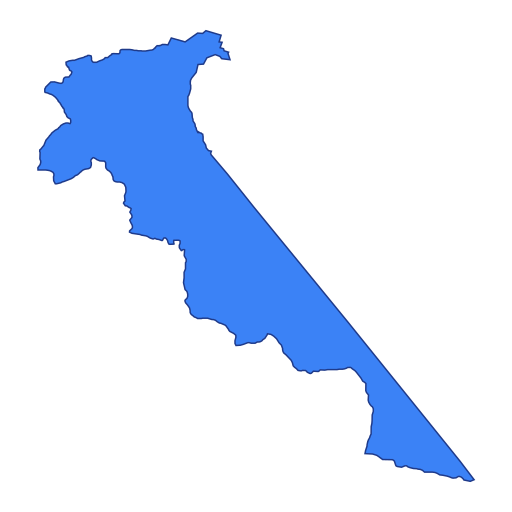 El Guarco, Cartago, Costa Rica (Mercator projection)
{"feature_id": "36466004B87567829139505", "entity_name": "El Guarco", "entity_type": "district", "adm_level": 2, "iso_a3": "CRI", "parent_name": "Costa Rica", "parent_adm1": "Cartago", "projection": "mercator", "projection_center": [-83.936, 9.732], "detail": "fine", "context": "isolated", "style": "filled", "palette": "blue", "viewbox_px": 512, "rotation_deg": 0, "n_neighbors": 0, "source": "geoboundaries", "source_scale": "gbopen_adm2", "svg_char_len": 5874}
<svg xmlns="http://www.w3.org/2000/svg" viewBox="0 0 512 512"><path d="M474.1,479.7L460.1,461.3L348.4,322.7L253.9,207.2L227.4,174.0L211.2,154.9L210.6,153.3L211.4,151.2L208.5,150.6L206.3,148.0L205.6,144.8L203.1,140.9L203.1,136.8L202.7,134.2L202.1,134.0L201.2,133.1L200.1,132.9L198.5,131.9L198.4,132.6L197.9,132.6L196.4,129.6L196.2,128.1L195.2,126.4L195.2,125.2L194.8,123.7L193.0,120.9L193.0,119.7L192.7,118.5L192.4,117.9L192.0,113.5L191.6,112.4L190.3,111.0L188.7,108.3L188.2,106.9L187.9,105.4L187.9,96.5L188.7,95.4L189.5,93.3L190.7,88.9L190.7,85.2L190.3,84.2L190.3,81.3L190.5,81.1L190.5,80.3L191.7,78.0L196.2,72.4L198.0,64.5L203.5,64.1L206.9,57.8L215.2,54.6L219.9,56.4L221.7,58.7L230.0,59.7L228.0,53.4L228.6,52.2L224.1,50.8L223.5,48.7L220.1,47.7L222.1,42.3L219.1,41.9L221.1,35.2L205.9,30.7L202.7,33.4L197.6,33.1L185.1,41.9L171.3,38.0L167.9,44.9L165.2,44.5L162.3,44.5L160.9,45.3L160.1,45.4L159.9,45.7L157.1,45.7L155.7,47.0L155.3,47.9L154.9,47.9L154.4,48.3L153.5,49.4L151.7,50.1L150.1,50.2L145.6,51.0L142.0,51.0L141.3,50.8L138.4,50.8L136.5,50.4L134.4,50.4L132.1,49.8L129.7,49.5L122.0,49.5L120.9,49.8L120.1,50.5L119.9,52.8L118.9,53.8L113.4,53.6L112.0,53.8L111.6,54.2L111.6,54.6L109.9,55.7L107.7,57.6L105.2,57.6L104.4,58.7L102.4,59.9L99.5,60.9L96.6,62.3L93.2,62.3L92.8,61.9L91.9,60.9L91.5,60.0L91.5,58.0L91.2,56.1L90.9,55.8L89.0,55.4L87.8,55.4L87.1,56.0L84.8,56.7L83.7,57.4L79.1,58.6L74.5,60.3L72.5,60.3L69.0,60.9L66.0,62.2L66.2,64.9L66.6,65.1L67.6,67.0L68.5,67.0L69.5,70.0L70.1,70.6L70.5,70.6L71.3,71.1L71.9,72.0L71.1,74.4L70.2,75.2L68.9,77.0L65.7,77.1L64.7,77.5L63.8,78.3L63.4,79.6L63.2,81.4L62.8,82.3L61.8,83.2L61.0,83.4L59.1,83.1L54.5,81.9L50.8,82.0L45.6,87.2L45.3,88.3L44.8,88.9L44.8,91.8L45.1,92.4L47.4,92.9L50.1,94.1L51.2,94.3L53.0,95.3L55.5,97.3L57.8,100.0L58.0,100.8L58.3,100.8L58.4,101.2L58.8,101.8L60.2,103.2L60.4,103.9L61.0,104.4L61.0,104.8L61.8,106.2L62.6,107.0L62.6,107.4L62.9,107.6L63.2,108.3L63.6,108.3L64.2,109.6L64.4,112.0L66.2,114.6L66.9,116.6L68.1,117.8L70.3,118.9L70.7,120.3L70.7,122.3L70.1,123.6L69.7,123.6L68.0,123.0L66.0,123.0L63.4,123.9L60.8,125.5L59.6,127.1L58.7,127.7L58.1,128.7L55.3,130.2L51.9,132.9L50.4,135.0L49.7,135.5L48.9,136.8L46.0,140.1L43.7,145.8L43.4,145.9L41.0,148.9L39.8,149.9L39.7,151.5L40.1,152.5L39.9,159.0L40.7,161.0L40.7,162.6L40.2,164.5L37.9,167.7L38.0,170.0L45.7,170.0L47.3,170.2L49.6,170.6L51.1,171.2L53.1,172.4L53.9,174.0L53.9,175.7L53.5,176.8L53.7,180.8L55.3,183.8L56.5,183.8L60.7,182.8L62.6,181.8L63.7,181.6L71.2,178.7L73.5,177.3L75.5,175.5L76.6,175.2L77.6,174.7L79.0,173.5L80.4,172.1L81.0,171.8L81.4,171.2L83.4,169.8L85.1,169.2L88.6,168.6L90.5,167.5L91.3,165.0L91.3,162.6L90.9,161.7L90.9,160.1L91.5,159.1L93.0,157.7L93.8,157.7L95.8,158.8L96.6,159.5L99.9,160.9L104.0,161.1L104.7,161.3L105.7,162.8L105.7,166.9L106.1,168.3L107.5,170.0L109.2,171.0L110.8,172.5L111.9,174.4L112.1,175.2L112.9,176.8L113.2,179.6L114.0,180.9L115.3,181.6L117.2,182.0L119.7,182.0L122.0,182.6L124.3,184.1L125.8,187.3L126.0,191.3L125.7,192.8L124.5,195.7L125.0,201.0L123.8,202.2L123.5,203.2L125.3,205.8L126.7,205.9L129.1,207.5L130.4,208.0L131.1,208.6L130.8,210.4L130.0,211.7L129.9,212.2L131.6,214.7L132.0,216.0L131.9,217.5L129.9,219.9L129.8,220.4L131.0,223.0L131.9,224.6L132.4,226.0L132.4,227.8L132.0,228.6L129.6,230.9L129.5,232.1L132.0,233.3L140.1,234.5L141.4,235.1L146.2,235.9L148.1,236.7L148.4,237.0L150.1,238.0L152.7,238.9L153.5,238.9L154.9,238.3L156.5,239.1L159.0,239.5L161.7,240.5L162.2,240.5L162.6,240.2L163.1,239.1L164.1,237.9L165.6,238.0L166.5,238.9L167.6,240.6L167.9,242.1L168.8,244.0L169.8,244.3L173.9,244.1L174.0,243.5L173.7,242.8L173.7,240.7L173.9,240.3L178.3,240.2L179.5,240.5L180.1,241.0L180.1,243.4L179.3,245.2L179.3,247.3L179.5,248.0L181.3,250.6L181.8,250.6L182.4,249.9L183.0,249.6L184.3,249.6L184.6,249.8L184.2,255.4L184.4,256.1L186.2,259.3L186.2,261.6L185.5,262.7L185.5,268.9L184.1,272.3L184.1,277.9L183.5,282.7L185.1,289.6L186.5,290.9L187.1,291.8L187.7,294.1L187.7,296.5L186.9,298.5L185.5,299.6L185.0,300.4L185.0,301.2L185.6,302.8L187.6,305.1L189.5,307.9L190.1,310.3L190.2,312.6L190.9,314.0L192.5,315.5L193.0,315.7L194.2,316.9L196.1,317.6L197.6,318.5L201.4,318.5L202.6,318.2L207.6,318.2L211.8,319.5L213.6,319.6L215.5,320.3L217.2,321.7L219.3,323.0L220.9,323.3L224.9,325.0L225.8,325.6L228.4,329.2L228.9,330.3L229.8,331.4L233.7,333.4L235.8,335.2L235.9,337.3L235.0,340.7L235.0,343.5L236.0,345.5L240.4,345.2L243.5,344.3L247.7,342.7L249.0,342.6L251.2,343.2L255.1,343.2L257.3,342.0L259.1,342.0L260.5,341.6L261.9,340.8L262.8,339.7L264.8,338.4L267.3,334.6L267.5,333.8L271.0,334.4L273.7,336.1L276.6,338.8L279.1,342.8L281.4,345.1L282.6,348.5L282.6,349.8L283.0,351.5L283.8,353.0L286.0,354.8L291.2,360.3L292.4,362.7L293.2,365.8L294.5,367.2L296.5,368.7L298.0,370.4L300.3,370.8L301.6,370.8L302.4,370.4L305.5,370.5L306.7,371.4L307.3,372.3L308.7,372.8L309.3,373.3L310.6,373.5L311.5,373.1L313.4,371.2L318.2,371.5L319.1,371.0L320.2,369.9L324.8,370.1L327.6,369.6L336.9,369.6L339.2,369.2L342.3,369.2L344.3,368.9L346.2,368.3L347.6,367.5L350.4,367.4L351.2,367.8L352.4,368.9L354.9,370.6L356.3,372.1L360.9,378.0L362.7,381.1L364.6,382.3L365.9,383.5L365.8,390.7L366.5,392.5L368.5,395.0L368.2,400.1L368.7,402.1L369.9,404.3L371.3,406.0L372.4,406.8L373.3,408.7L373.3,411.5L372.2,414.9L372.1,420.6L371.9,423.4L371.2,426.6L371.1,434.0L370.2,435.9L369.5,438.0L368.5,439.7L367.8,441.5L367.1,444.6L367.0,446.2L365.6,450.5L365.0,453.6L372.5,454.0L375.8,455.0L376.9,455.4L378.1,456.2L382.6,459.5L392.4,459.7L393.7,460.4L394.4,461.2L395.7,465.2L396.2,466.0L397.3,466.5L401.6,467.2L405.0,465.8L406.6,465.8L407.8,466.8L409.9,467.6L413.4,468.5L416.7,468.7L417.9,469.1L420.4,469.4L422.6,470.4L424.5,472.1L432.3,472.1L435.1,472.5L437.3,473.4L439.8,474.9L442.6,475.2L447.1,476.1L449.3,476.8L451.7,477.8L453.0,478.1L456.1,477.8L458.2,476.5L459.2,476.4L460.9,476.9L462.0,477.7L463.4,479.1L463.9,480.0L470.3,481.3L474.1,479.7Z" fill="#3b82f6" stroke="#1e3a8a" stroke-width="1.5"/></svg>